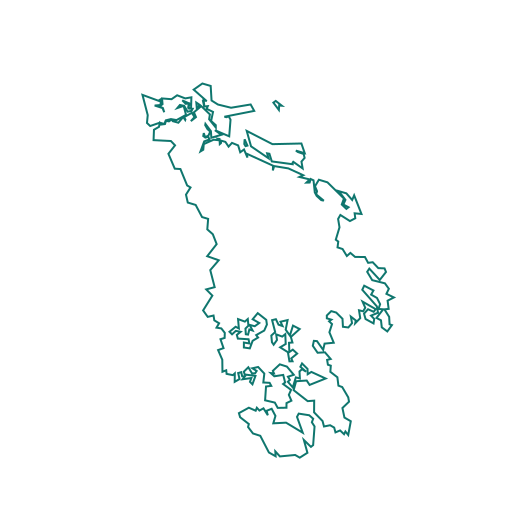 outline of Tolé, Chiriquí, Panama, rotated 140°
{"feature_id": "35544464B42415898156118", "entity_name": "Tolé", "entity_type": "district", "adm_level": 2, "iso_a3": "PAN", "parent_name": "Panama", "parent_adm1": "Chiriquí", "projection": "natural_earth1", "projection_center": [-81.647, 8.186], "detail": "fine", "context": "isolated", "style": "outline", "palette": "teal", "viewbox_px": 512, "rotation_deg": 140, "n_neighbors": 0, "source": "geoboundaries", "source_scale": "gbopen_adm2", "svg_char_len": 6146}
<svg xmlns="http://www.w3.org/2000/svg" viewBox="0 0 512 512"><g transform="rotate(140 256 256)"><path d="M173.6,224.3L169.3,231.6L165.0,233.2L161.6,222.4L155.7,221.1L153.0,225.3L148.2,220.4L141.8,239.4L146.3,237.1L146.5,245.9L150.9,252.5L151.4,241.5L156.0,239.3L153.8,233.9L156.5,234.0L157.2,240.3L151.7,243.5L153.9,266.5L158.8,274.0L166.0,271.5L167.6,266.4L170.3,264.6L168.5,254.8L170.1,256.9L170.9,263.0L170.1,266.9L163.3,277.0L164.6,279.8L167.7,277.8L170.2,279.8L165.6,280.1L171.9,288.6L167.9,287.5L174.9,302.3L184.3,313.2L188.1,310.7L184.9,314.2L197.3,340.2L199.3,336.9L196.7,345.3L201.4,345.6L198.6,352.2L201.7,358.1L206.7,357.4L206.1,363.1L208.6,366.8L210.3,365.0L211.8,365.0L209.5,368.0L213.7,372.3L224.1,375.3L228.1,371.3L231.3,371.8L222.0,377.1L216.8,375.2L215.9,378.0L218.6,379.2L219.3,381.8L217.0,383.7L218.6,379.8L215.1,378.8L211.1,380.7L211.6,384.4L210.8,388.9L209.8,389.7L210.3,380.6L214.2,375.3L204.6,371.1L206.6,378.8L199.6,364.9L187.9,376.8L187.1,380.6L189.4,381.3L190.7,383.0L164.1,368.3L162.7,375.5L179.8,385.6L187.8,396.5L190.1,403.7L181.4,415.4L186.2,422.6L196.8,423.5L194.2,406.3L195.9,409.2L198.9,404.5L196.5,409.7L199.6,403.8L196.6,401.8L199.2,400.5L196.3,394.0L203.6,388.3L202.7,382.1L204.2,380.3L204.0,390.9L200.3,394.1L201.6,406.0L211.2,406.0L212.7,401.0L219.2,401.2L213.8,401.9L213.1,406.9L221.9,408.6L222.3,406.0L222.8,405.7L222.4,409.3L229.8,408.0L233.1,412.8L232.9,414.8L236.2,415.1L238.0,417.4L240.9,415.6L244.4,417.8L244.3,419.7L247.3,417.3L253.0,418.3L260.0,410.6L247.3,398.8L246.9,392.8L257.4,390.6L262.1,375.1L258.0,371.2L263.4,354.3L262.1,350.6L270.2,348.0L273.9,340.8L269.4,333.9L272.3,320.5L268.8,315.2L276.2,307.7L275.1,300.4L278.5,290.4L293.5,287.2L287.3,276.7L300.1,274.6L307.7,258.7L315.6,262.4L314.9,253.7L331.5,248.3L332.1,240.4L326.8,237.7L329.3,233.5L327.5,228.2L332.3,226.5L329.1,222.8L329.3,217.2L332.7,213.4L336.7,215.1L340.1,206.3L345.5,208.3L348.5,198.2L356.1,188.9L352.3,187.6L354.3,184.6L350.3,179.6L347.7,179.7L353.2,173.3L347.7,172.3L344.9,177.8L342.0,176.5L343.9,172.8L342.1,170.9L345.5,170.2L338.0,165.5L341.5,163.5L341.2,160.0L333.5,164.5L340.8,172.5L339.7,175.2L333.4,175.7L334.5,168.6L332.1,166.7L329.4,167.5L330.9,172.3L325.7,169.6L325.2,160.6L331.7,154.4L327.1,150.1L327.8,146.7L332.2,149.6L341.8,139.6L335.8,131.6L337.0,125.7L330.2,120.2L327.2,123.7L321.9,122.4L320.1,128.5L315.2,130.9L317.5,140.5L315.0,140.4L311.6,147.4L319.3,152.1L319.9,156.8L317.7,154.5L316.9,157.2L307.4,157.7L303.4,151.4L303.4,140.7L309.1,143.0L309.7,139.3L312.4,139.2L312.3,131.7L303.5,137.4L301.1,134.0L296.9,139.6L293.5,139.7L292.0,135.2L293.2,142.6L289.8,144.1L289.1,136.4L292.4,132.2L288.1,131.6L281.4,117.4L297.8,122.8L297.2,128.0L305.8,134.3L313.4,129.0L309.7,111.6L304.4,107.8L312.0,98.9L311.1,86.8L313.5,81.7L308.0,78.7L306.4,74.3L308.5,69.8L303.7,68.3L303.1,62.9L300.3,64.1L300.4,59.6L289.6,68.5L292.1,75.4L287.5,84.0L278.4,84.6L276.2,88.4L274.2,100.2L276.2,103.7L271.6,110.8L273.5,119.5L269.2,123.9L270.8,126.5L268.3,130.7L265.0,129.1L265.1,137.9L271.0,142.3L270.2,150.7L266.2,153.8L264.0,151.6L264.9,140.9L259.8,144.8L252.2,139.6L248.8,150.4L241.5,155.0L242.0,159.0L239.2,158.8L241.8,162.7L240.0,164.9L233.8,165.4L230.9,161.1L230.1,152.3L234.9,145.9L231.2,141.9L225.6,142.8L222.3,148.6L221.0,142.5L223.2,140.7L216.1,141.4L212.0,148.2L209.5,144.8L205.6,146.1L203.7,152.6L198.5,138.4L201.7,137.6L204.4,143.2L210.3,142.4L212.6,137.3L209.3,128.8L205.9,131.8L206.2,136.4L199.0,134.1L195.8,139.7L196.3,161.8L192.2,163.7L188.2,154.1L192.6,152.4L190.3,146.1L191.9,139.3L196.2,136.7L192.8,133.4L203.5,131.1L201.6,126.4L205.5,120.5L203.9,113.8L196.3,115.7L197.6,117.8L193.1,123.8L191.9,132.6L188.4,130.2L183.9,137.2L177.0,135.6L180.4,143.2L175.3,145.5L174.8,152.2L182.5,162.8L181.0,172.4L177.3,173.5L176.6,158.1L166.7,160.2L165.5,163.9L170.1,168.1L170.6,176.2L174.5,178.7L173.2,185.2L180.7,191.6L181.7,197.7L186.4,197.6L185.2,205.7L188.0,210.2L183.7,214.2L184.4,217.2L173.6,224.3ZM291.4,211.1L289.2,200.5L291.7,196.5L297.6,193.6L306.7,195.3L306.8,192.2L313.1,193.2L320.1,189.2L324.1,193.7L320.9,197.5L317.3,193.3L315.2,197.0L323.0,204.4L321.4,207.9L316.5,207.8L319.6,211.6L324.7,211.4L325.0,215.0L317.1,214.9L315.7,211.5L310.3,219.2L306.7,212.9L302.8,213.0L306.6,207.5L310.7,207.2L314.1,202.6L312.6,200.9L308.3,204.0L306.5,201.1L305.2,207.4L302.1,203.0L296.6,202.6L299.2,209.7L291.4,211.1ZM269.5,172.0L281.3,171.6L283.7,166.3L286.5,168.3L292.2,161.0L288.0,160.6L287.2,154.8L294.8,154.9L295.7,151.9L298.1,153.8L293.4,161.8L296.2,170.5L289.8,169.5L283.8,177.3L287.7,177.4L290.9,183.0L293.9,178.2L299.5,176.7L299.2,179.7L295.4,185.2L290.2,185.4L284.9,196.5L281.4,194.8L282.9,188.9L280.7,185.3L279.5,189.9L273.0,186.6L280.6,180.5L281.2,173.3L272.4,178.9L269.5,172.0ZM359.0,144.4L370.1,146.6L371.8,142.7L369.5,131.9L372.0,130.1L372.4,122.0L368.3,115.5L372.4,97.2L369.7,90.0L366.8,93.9L366.5,87.1L353.9,78.4L352.1,73.4L343.1,72.2L337.6,84.3L336.6,74.5L333.8,74.4L320.7,87.8L320.1,92.7L316.8,94.6L317.6,99.8L324.6,107.8L328.0,106.4L333.8,90.6L340.1,109.0L350.3,116.7L343.9,121.0L342.2,128.9L347.4,130.6L349.3,126.4L348.2,134.5L352.7,135.4L352.9,139.2L355.7,137.7L359.0,144.4ZM253.5,423.6L243.9,419.9L241.4,416.1L237.9,417.9L233.2,415.6L229.5,411.2L218.9,409.1L214.9,417.5L221.2,419.9L217.2,420.6L214.5,417.2L215.6,410.5L212.1,408.6L209.9,409.5L212.6,412.0L212.7,413.1L209.4,416.1L212.0,417.7L212.4,422.6L208.9,415.4L212.4,413.0L210.9,410.8L203.5,419.1L208.9,422.2L213.1,429.8L219.9,430.4L226.7,437.1L230.0,432.4L233.8,432.6L232.2,429.2L233.9,425.1L232.5,429.4L236.9,436.4L232.2,433.1L229.6,435.3L239.4,452.4L248.4,433.5L254.0,428.0L253.5,423.6ZM166.9,304.2L164.0,293.1L160.5,299.1L155.7,299.9L153.9,303.5L157.1,308.8L157.7,311.1L152.6,303.4L148.9,313.0L171.5,331.1L182.7,357.8L189.3,343.2L183.6,322.8L181.5,327.5L180.0,325.7L183.1,318.3L168.9,302.7L167.9,304.0L166.9,304.2ZM144.6,353.2L141.5,356.4L139.6,354.5L141.2,362.1L144.1,362.3L144.6,353.2ZM206.2,407.5L202.0,408.0L203.1,411.9L206.2,407.5ZM189.7,352.7L193.0,349.3L193.4,346.9L191.6,346.1L189.7,352.7ZM228.7,437.4L230.4,437.7L229.0,436.7L228.7,437.4ZM209.8,370.3L209.7,369.1L208.2,368.5L209.8,370.3Z" fill="none" stroke="#0f766e" stroke-width="2"/></g></svg>